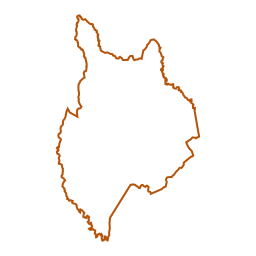 outline of Sidrolândia, Mato Grosso do Sul, Brazil
{"feature_id": "56859067B34075926381215", "entity_name": "Sidrolândia", "entity_type": "district", "adm_level": 2, "iso_a3": "BRA", "parent_name": "Brazil", "parent_adm1": "Mato Grosso do Sul", "projection": "equal_earth", "projection_center": [-54.979, -21.085], "detail": "fine", "context": "isolated", "style": "outline", "palette": "amber", "viewbox_px": 256, "rotation_deg": 0, "n_neighbors": 0, "source": "geoboundaries", "source_scale": "gbopen_adm2", "svg_char_len": 5624}
<svg xmlns="http://www.w3.org/2000/svg" viewBox="0 0 256 256"><path d="M143.4,50.2L141.6,58.8L140.6,58.3L139.8,58.3L137.5,59.5L135.8,59.6L134.3,60.1L133.9,59.7L133.5,59.1L132.5,55.9L130.2,56.1L128.8,57.7L128.1,59.7L127.6,60.0L126.6,59.7L126.1,59.9L124.6,60.1L122.8,59.9L121.6,57.8L120.4,57.4L120.0,56.9L119.4,57.2L118.8,58.3L118.3,58.6L116.7,58.4L116.2,58.2L115.1,56.1L114.5,55.8L113.3,55.7L112.9,55.3L112.7,54.4L111.9,54.0L110.5,53.9L107.3,52.4L105.2,52.9L101.3,50.9L100.9,50.5L100.9,49.8L100.2,48.3L100.2,46.5L99.5,46.0L99.1,46.0L98.5,45.7L98.5,44.8L99.0,44.4L99.1,43.3L98.8,42.1L99.4,41.1L98.1,40.5L98.2,39.8L98.7,39.1L98.1,38.5L97.8,37.6L98.1,36.4L97.6,36.2L97.7,35.4L98.2,34.8L97.7,34.3L97.6,33.6L96.5,32.0L96.9,31.3L96.6,30.6L95.9,30.4L95.2,29.7L94.6,29.7L94.6,29.0L94.3,28.3L93.0,26.5L93.1,25.7L93.0,24.9L92.6,24.2L91.7,23.9L91.0,24.3L89.1,23.3L88.6,22.5L87.3,21.7L87.0,21.1L85.2,19.2L83.6,19.8L82.6,19.5L82.3,18.9L81.6,18.8L81.1,17.1L80.4,17.0L80.0,16.4L79.8,15.6L79.2,15.4L78.7,15.7L77.9,15.7L77.2,16.5L77.2,17.6L77.8,18.6L78.4,18.7L78.6,20.5L77.7,22.8L76.9,23.1L76.7,24.2L76.6,25.1L77.1,25.3L77.1,26.1L76.3,28.3L76.0,30.8L76.8,32.0L76.6,33.6L76.8,34.5L76.2,36.0L75.3,37.2L75.1,39.2L75.7,39.3L76.0,40.0L76.7,40.1L77.2,40.6L77.5,42.0L78.0,42.6L78.1,46.3L79.8,47.8L80.3,47.7L81.4,49.7L82.3,49.4L82.8,50.0L84.3,54.2L83.9,56.4L84.6,57.0L84.9,57.9L85.4,57.9L86.7,63.9L86.7,64.9L86.3,66.2L86.7,66.6L86.3,68.8L86.4,69.6L85.9,71.1L85.2,71.4L84.5,71.3L83.7,73.3L84.6,77.5L82.6,78.8L80.1,81.3L79.9,82.3L78.7,84.2L78.5,85.4L78.4,89.1L79.1,93.7L78.9,95.3L78.3,97.1L78.9,99.4L78.5,100.9L78.9,101.7L78.9,102.4L80.4,105.3L81.5,106.6L80.6,108.0L79.9,108.4L78.7,108.5L77.4,109.5L76.9,112.1L77.4,116.7L69.7,112.4L67.7,108.7L66.4,111.9L65.4,117.2L64.7,118.6L63.1,120.8L62.9,121.4L63.0,123.8L62.7,124.8L61.3,126.2L60.7,127.2L60.5,129.5L60.8,130.5L60.8,131.7L60.5,132.9L59.9,133.5L59.0,133.7L58.5,134.5L58.4,135.2L58.5,136.7L58.8,137.4L60.6,138.7L60.9,139.9L60.1,141.2L60.0,142.2L59.5,143.0L59.0,146.9L57.6,147.1L57.0,148.3L58.3,148.8L58.5,149.6L58.4,150.4L58.0,150.9L57.5,150.8L57.5,151.5L56.9,151.9L57.0,152.6L57.4,153.7L58.7,154.2L59.4,154.9L59.7,155.8L58.7,158.2L59.4,160.4L59.4,161.5L58.9,162.1L58.8,163.1L59.0,163.9L60.4,163.9L61.9,165.0L62.3,167.6L63.0,168.6L62.7,169.1L62.7,170.1L63.0,171.0L62.5,172.8L62.7,174.1L61.5,175.9L61.6,177.2L62.8,177.8L64.2,179.0L65.1,180.5L64.1,181.4L62.9,183.7L62.8,184.5L62.5,185.3L62.4,186.4L64.5,188.7L64.3,189.5L65.0,190.5L64.6,191.3L65.9,192.9L66.4,194.9L66.3,196.0L67.3,196.9L67.4,198.0L67.1,198.8L68.4,199.0L68.7,200.0L69.3,200.8L70.7,200.2L71.8,200.8L72.6,200.9L72.1,202.6L73.2,203.4L75.0,203.7L75.7,204.1L76.7,205.2L76.5,206.0L77.3,208.7L78.4,209.9L79.6,212.1L80.1,212.4L80.0,210.3L80.3,209.4L81.7,210.1L82.9,211.3L83.3,211.9L84.3,212.7L84.2,213.5L83.8,213.9L83.4,215.2L83.6,216.2L83.3,216.7L84.4,217.5L85.0,217.3L85.8,217.9L86.5,217.8L86.8,216.2L87.3,215.7L88.7,216.6L89.1,217.4L88.5,218.7L89.0,220.8L87.7,221.9L89.3,224.0L90.3,223.0L91.1,222.8L91.2,223.6L91.0,224.5L92.1,225.7L92.1,226.4L91.8,227.0L90.0,228.6L89.4,228.5L89.0,228.8L89.9,229.7L90.9,229.9L92.2,228.6L92.7,228.9L93.1,229.6L95.1,230.4L95.2,231.7L94.7,233.5L95.9,234.5L96.2,235.4L95.9,236.4L96.1,237.3L96.8,236.9L97.5,236.2L97.4,234.7L98.7,234.0L99.4,233.7L100.1,234.3L100.5,235.1L101.1,234.8L101.4,234.2L102.4,235.8L101.8,236.8L101.7,237.9L102.3,240.6L102.9,240.6L103.7,239.9L104.6,239.7L104.4,237.4L104.8,236.4L105.5,236.5L106.0,237.1L106.2,238.7L107.0,240.1L107.6,240.4L108.2,237.0L109.0,235.7L109.3,234.5L109.1,232.4L109.8,228.6L109.5,223.0L110.0,217.8L130.5,184.9L131.2,184.9L133.0,184.3L133.5,184.6L135.1,184.8L136.4,186.0L138.0,186.9L139.0,188.0L139.8,188.1L140.2,187.7L140.4,186.6L140.9,185.7L141.9,185.0L142.7,185.0L144.0,186.4L144.8,186.5L145.5,186.9L146.6,185.7L147.2,185.8L148.6,187.0L148.1,190.5L148.4,191.5L150.0,191.8L150.4,192.2L150.8,193.1L150.8,193.8L161.1,189.4L162.4,188.6L163.0,187.7L165.7,186.5L166.6,182.7L166.6,181.5L166.0,179.9L166.1,179.0L166.8,177.9L167.4,177.3L171.9,176.9L172.5,175.8L174.0,174.7L176.3,171.5L178.3,169.6L179.3,168.2L179.8,167.8L181.4,167.9L182.0,167.4L183.5,165.2L183.8,164.4L183.7,162.7L190.9,156.8L192.6,156.2L193.2,155.6L191.9,151.4L190.7,149.8L189.5,148.8L187.7,145.9L186.2,142.3L190.1,139.7L190.7,139.5L192.3,137.6L192.9,137.4L195.4,137.8L195.9,138.3L197.1,137.4L198.7,137.0L199.1,136.5L194.6,111.0L194.9,107.9L193.4,108.4L193.0,108.0L192.9,105.6L193.5,104.9L193.1,104.2L191.3,102.9L191.2,102.1L191.7,100.8L191.4,100.1L191.4,99.4L190.6,99.5L189.7,101.0L189.3,100.4L187.8,99.8L187.1,98.4L185.9,97.6L185.2,97.6L184.3,96.1L183.6,95.4L182.3,92.3L181.1,92.0L181.2,91.1L180.8,90.4L179.0,90.4L178.6,89.9L179.1,89.5L179.1,88.7L178.6,87.1L178.1,87.0L176.9,87.3L176.0,88.7L174.6,88.5L173.7,88.0L173.2,87.4L173.6,86.6L172.9,85.4L173.3,84.8L173.1,84.1L172.4,84.2L171.9,84.9L169.0,84.3L167.9,83.6L167.3,83.7L167.4,84.5L166.8,84.6L165.4,84.0L165.4,81.7L166.6,81.0L166.9,80.0L166.5,79.2L166.0,80.5L165.4,80.3L165.4,79.3L165.0,78.5L164.7,77.5L163.8,77.4L163.4,76.8L163.8,76.3L162.9,74.8L163.7,74.0L162.4,72.8L162.0,71.5L162.6,70.9L162.8,70.2L161.6,70.4L161.0,70.1L161.1,69.2L161.7,68.5L162.3,68.5L163.0,67.7L163.0,66.9L163.5,66.2L162.8,65.8L162.5,65.0L162.4,64.1L162.9,63.4L162.6,62.8L161.6,62.7L161.3,62.2L161.3,61.3L161.9,60.4L162.5,60.2L162.8,59.2L162.8,58.1L163.3,57.6L163.1,56.9L161.7,56.1L160.9,53.3L159.3,51.1L159.6,50.1L159.5,48.5L160.3,48.3L160.5,47.6L159.8,47.3L158.8,46.2L159.0,45.4L158.8,44.5L158.2,44.0L157.3,42.6L156.2,41.3L154.0,39.5L151.2,39.9L150.7,40.2L148.9,43.3L147.0,45.2L146.8,46.8L146.4,47.4L144.2,50.0L143.4,50.2Z" fill="none" stroke="#b45309" stroke-width="2"/></svg>